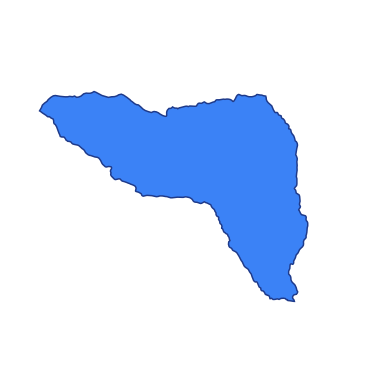 outline of Sandoná, Nariño, Colombia, rotated 160°
{"feature_id": "7082276B52993229250097", "entity_name": "Sandoná", "entity_type": "district", "adm_level": 2, "iso_a3": "COL", "parent_name": "Colombia", "parent_adm1": "Nariño", "projection": "natural_earth1", "projection_center": [-77.461, 1.298], "detail": "fine", "context": "isolated", "style": "filled", "palette": "blue", "viewbox_px": 384, "rotation_deg": 160, "n_neighbors": 0, "source": "geoboundaries", "source_scale": "gbopen_adm2", "svg_char_len": 5953}
<svg xmlns="http://www.w3.org/2000/svg" viewBox="0 0 384 384"><g transform="rotate(160 192 192)"><path d="M89.9,256.9L91.9,258.0L93.3,259.2L94.7,259.8L97.5,261.4L98.0,261.4L99.1,260.8L101.3,260.8L103.0,261.0L105.8,262.0L106.9,262.7L108.6,264.2L109.7,264.8L111.9,265.4L112.5,265.7L114.2,267.3L114.7,267.7L116.0,267.6L117.4,266.8L119.3,264.9L120.8,263.7L121.7,263.1L122.3,263.0L122.7,263.2L123.4,264.7L124.4,265.8L125.8,266.7L127.4,267.4L129.3,267.8L130.7,268.5L134.9,269.3L137.0,270.1L137.6,270.2L138.6,269.9L139.3,269.3L139.7,269.1L141.6,269.3L145.7,269.2L147.8,270.1L149.3,272.1L149.6,272.4L150.5,272.4L152.2,272.1L153.0,272.2L154.7,273.0L155.8,273.1L157.3,272.3L157.6,271.9L158.3,271.4L158.9,271.3L159.8,271.5L164.3,273.4L164.8,273.6L166.0,273.5L166.4,273.6L167.4,274.4L168.9,274.8L175.3,275.4L176.9,275.1L177.4,275.9L179.6,276.8L181.2,278.6L182.3,278.0L183.5,277.9L185.1,278.4L186.8,277.5L187.4,277.1L188.5,275.7L189.7,272.4L190.1,272.1L190.8,272.1L191.5,272.4L193.4,273.9L195.3,276.1L196.5,277.9L198.1,279.5L200.1,280.6L200.9,280.7L202.7,280.6L203.2,280.7L206.0,282.8L208.2,284.7L209.7,286.7L211.0,289.4L212.4,291.9L212.8,292.3L214.3,293.1L215.6,294.5L217.3,297.3L218.3,298.7L218.6,299.7L220.8,303.2L223.2,306.5L225.0,308.1L227.5,308.4L229.9,308.0L232.1,308.1L235.1,309.0L238.2,309.5L243.6,313.5L248.2,318.6L249.7,319.9L252.0,319.5L253.9,319.6L256.1,320.4L257.6,321.1L260.2,321.3L263.5,320.1L266.0,320.0L268.0,320.4L269.5,322.3L271.7,322.4L274.2,323.7L276.3,324.0L278.4,324.7L283.0,326.9L287.4,329.4L289.5,329.8L292.4,329.2L295.5,328.0L297.2,326.8L300.1,326.0L302.9,324.8L304.6,322.8L307.5,320.4L306.6,319.2L305.4,317.3L303.0,314.1L302.0,312.3L301.4,311.8L300.7,311.8L300.2,311.5L299.3,309.9L297.5,308.0L297.6,306.5L298.2,304.4L298.2,303.5L298.1,303.1L297.6,302.5L297.3,301.9L296.9,299.5L296.9,292.9L296.7,291.0L296.8,289.2L295.4,288.1L294.2,287.8L293.4,287.2L292.8,285.6L292.6,283.8L292.2,283.4L291.4,282.1L290.2,281.6L289.0,280.7L288.6,280.2L288.3,279.1L287.7,278.0L286.5,277.1L283.3,275.1L282.4,274.2L280.3,270.2L279.3,268.9L278.8,267.3L278.6,265.9L278.3,264.9L276.9,262.6L275.9,261.6L274.8,261.0L271.2,258.1L269.3,257.1L268.4,256.3L267.8,255.4L267.1,253.0L266.8,249.8L266.5,248.6L264.9,245.5L264.6,245.2L263.9,244.8L261.7,244.5L261.0,244.2L259.8,243.6L259.4,243.3L259.2,242.6L259.7,241.5L259.9,241.2L260.9,240.5L261.5,239.5L261.6,238.9L261.5,238.3L261.7,237.5L262.3,236.5L262.5,235.8L262.3,234.5L260.8,231.1L260.2,230.2L259.5,229.8L256.2,229.4L255.3,228.9L255.0,228.6L254.4,227.1L253.9,226.2L251.8,224.7L249.4,222.7L249.1,222.3L248.0,221.5L246.9,220.3L245.5,219.2L243.9,217.6L243.3,216.5L243.2,215.4L243.3,214.6L243.7,213.9L244.7,212.3L244.6,211.8L242.2,210.0L240.6,208.1L240.3,207.5L240.3,206.2L239.9,205.3L239.0,204.7L236.2,204.4L235.1,204.1L231.0,202.3L227.1,199.8L225.5,199.4L223.5,199.3L220.9,198.3L218.6,196.9L217.1,196.2L214.1,193.9L212.8,193.4L207.4,192.1L202.2,190.0L199.8,189.7L199.1,189.4L196.2,187.6L195.4,186.7L194.3,185.0L193.9,183.1L193.3,182.0L192.5,181.4L190.8,180.6L187.9,178.3L186.8,178.1L183.8,178.6L182.7,177.3L181.7,176.6L180.7,175.6L180.0,174.8L178.9,173.8L178.7,173.3L178.7,171.6L178.2,170.0L177.2,168.2L177.0,167.4L177.0,165.8L176.6,164.6L176.8,163.5L177.1,162.7L177.1,161.9L176.7,160.5L175.7,159.5L175.6,159.2L175.7,158.7L176.4,157.2L176.0,154.8L176.3,153.9L176.4,152.8L175.6,151.5L175.5,150.8L175.7,149.1L176.2,148.5L176.5,147.7L176.0,147.2L175.8,146.6L175.8,144.3L175.7,143.5L174.8,142.3L174.3,141.3L173.1,140.0L173.2,138.6L172.7,136.6L173.0,134.9L173.0,133.3L174.4,132.7L174.8,132.1L175.6,130.4L175.8,128.2L175.5,127.2L174.3,125.8L174.0,125.2L173.8,123.8L173.5,123.1L171.5,121.0L170.6,119.4L169.8,115.6L169.2,110.8L168.7,109.4L168.3,104.7L167.7,103.2L165.9,100.7L165.5,99.7L165.2,97.3L164.4,94.6L164.5,92.0L164.4,87.7L163.9,86.6L163.3,85.8L162.1,85.5L161.7,85.0L161.6,84.7L161.4,79.9L161.1,79.3L160.3,78.3L160.6,76.7L160.5,75.8L160.1,75.3L159.2,74.8L158.7,74.2L158.2,72.6L158.1,71.0L158.0,70.6L157.8,70.4L157.0,70.1L156.7,69.2L156.0,69.0L155.3,68.2L155.1,67.9L155.0,66.9L155.2,65.1L154.6,64.9L153.6,64.9L152.6,63.3L151.8,63.0L150.7,62.7L148.4,62.4L146.9,61.3L144.7,61.6L143.9,61.3L142.6,61.0L140.8,60.0L140.1,58.5L139.5,58.4L139.2,58.1L139.2,57.5L139.0,57.2L137.7,56.6L133.7,54.4L133.2,54.2L133.1,55.6L133.7,57.6L133.6,58.3L133.2,59.3L132.3,60.0L131.6,60.4L130.3,60.4L128.9,60.2L127.8,60.9L127.1,61.6L126.8,62.2L126.8,62.5L127.1,63.6L126.8,66.5L127.0,69.0L127.2,69.8L128.7,72.9L129.0,74.4L129.0,75.7L128.4,77.8L128.3,78.6L128.3,79.4L129.2,81.8L128.8,83.1L128.2,84.6L126.3,86.6L125.0,89.5L124.4,90.4L123.8,90.6L123.3,90.5L122.3,89.7L121.6,89.7L121.0,90.2L120.6,90.9L120.1,92.3L117.6,94.6L117.0,95.3L116.3,96.4L115.6,97.2L113.2,98.5L110.6,101.1L108.1,102.3L107.0,102.7L105.6,103.8L104.9,105.1L104.3,107.1L103.4,108.3L102.6,109.0L101.3,109.4L100.4,110.2L100.1,110.7L99.9,111.9L99.3,112.5L97.9,114.8L96.0,118.9L94.9,120.5L94.6,121.2L93.9,123.2L93.8,123.9L93.9,124.9L94.3,125.8L94.3,127.0L94.0,127.8L93.3,129.2L93.3,130.3L93.7,131.0L96.9,133.3L97.3,134.8L97.6,137.9L97.9,138.6L97.8,138.9L95.6,140.5L95.1,141.3L95.1,141.8L95.3,142.9L95.3,143.5L94.8,144.6L93.6,146.4L92.4,150.9L92.3,151.7L92.4,152.8L94.4,155.3L94.0,158.3L94.5,159.5L94.6,160.3L94.1,160.8L91.6,162.2L91.1,162.9L90.6,163.9L88.9,168.6L88.7,170.8L88.4,171.4L87.2,173.9L85.8,176.5L84.9,179.3L84.1,181.0L83.1,184.7L82.2,186.2L81.7,187.4L81.6,188.1L81.6,190.2L81.8,191.5L78.7,197.0L77.0,199.6L76.6,200.9L76.5,201.9L76.6,202.9L76.8,203.7L77.4,204.5L77.5,205.0L77.2,207.6L77.2,209.8L77.4,210.7L78.0,212.3L78.2,213.4L78.3,214.2L78.0,216.3L78.0,216.8L78.4,217.6L78.7,217.9L79.3,218.1L79.5,218.5L78.7,219.8L78.4,220.6L78.5,221.9L79.1,223.2L80.2,224.3L80.7,225.1L80.5,226.7L80.6,227.8L81.2,229.5L81.8,229.9L82.3,230.6L82.4,231.6L82.2,233.0L82.4,233.3L83.9,234.5L84.3,235.0L84.4,236.8L84.7,237.5L85.6,237.9L86.5,238.1L86.9,238.7L87.4,241.2L87.6,245.7L89.9,249.9L90.5,251.9L90.5,253.8L90.1,254.9L89.9,256.9Z" fill="#3b82f6" stroke="#1e3a8a" stroke-width="1.5"/></g></svg>